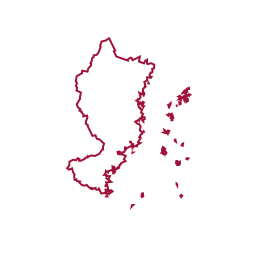 Mackay, Queensland, Australia, rotated 57°
{"feature_id": "25037944B90195923531970", "entity_name": "Mackay", "entity_type": "district", "adm_level": 2, "iso_a3": "AUS", "parent_name": "Australia", "parent_adm1": "Queensland", "projection": "mercator", "projection_center": [149.075, -21.082], "detail": "fine", "context": "isolated", "style": "outline", "palette": "rose", "viewbox_px": 256, "rotation_deg": 57, "n_neighbors": 0, "source": "geoboundaries", "source_scale": "gbopen_adm2", "svg_char_len": 5894}
<svg xmlns="http://www.w3.org/2000/svg" viewBox="0 0 256 256"><g transform="rotate(57 128 128)"><path d="M168.4,186.1L169.7,183.1L171.7,181.6L172.1,179.7L172.9,179.6L172.8,175.5L171.2,175.8L170.1,177.8L171.1,178.0L171.6,178.5L170.1,178.1L170.8,178.6L169.7,178.8L169.7,180.8L168.7,182.1L169.3,180.4L167.6,181.1L168.1,180.6L166.6,180.1L168.8,180.4L168.2,177.8L165.8,177.0L164.5,177.4L164.5,178.4L165.3,178.4L164.5,178.6L163.7,177.4L164.3,176.4L161.8,175.9L164.0,171.4L159.5,173.1L160.2,171.7L158.5,169.4L158.0,170.7L155.5,171.8L156.8,172.2L157.2,172.7L154.7,172.2L154.3,173.3L153.2,170.8L152.0,169.9L154.4,169.0L153.5,168.2L154.4,164.3L156.1,164.3L156.6,163.5L157.9,165.1L158.3,164.4L157.6,162.6L154.1,163.2L152.8,162.5L153.4,161.7L152.2,161.6L152.9,161.0L152.2,160.4L154.8,161.5L155.2,160.6L156.2,160.8L156.4,158.3L155.7,158.8L155.4,157.8L156.0,156.7L154.3,155.2L154.7,154.6L153.7,152.8L154.4,148.1L152.0,148.5L150.2,145.1L147.1,147.1L144.5,150.5L143.7,150.3L144.8,148.5L142.6,149.3L142.9,148.2L144.6,147.5L146.1,144.7L144.9,141.7L143.7,142.1L142.1,140.1L144.3,141.5L144.6,136.0L146.2,134.5L142.0,133.3L140.0,134.3L141.1,133.1L144.6,133.7L145.1,133.2L143.9,133.1L144.4,132.4L146.9,134.8L147.1,131.4L148.2,130.4L147.2,129.8L147.3,125.8L145.7,127.3L145.2,127.3L143.4,122.8L142.2,122.6L142.2,123.3L141.8,123.6L140.5,120.9L140.5,119.2L138.2,118.6L136.3,119.4L133.7,116.6L131.3,116.4L129.0,118.0L126.6,118.5L126.9,114.7L128.0,114.7L126.3,112.4L127.7,111.1L129.3,111.9L130.9,111.6L129.5,110.8L129.5,108.9L127.8,108.3L126.6,109.9L125.4,109.9L124.5,107.7L122.0,108.6L120.1,106.0L118.8,107.3L117.8,106.9L116.5,107.7L114.1,106.2L114.3,104.6L113.2,103.9L113.5,103.2L112.6,104.6L112.8,106.0L111.7,105.1L109.6,106.0L109.8,104.0L109.3,103.8L110.0,102.8L109.0,100.6L104.7,99.3L107.0,98.2L106.6,97.1L109.2,97.1L108.1,95.5L105.4,95.5L103.3,94.0L103.0,90.8L101.9,91.1L101.1,90.0L98.3,89.2L98.5,86.2L95.9,84.3L98.3,81.6L98.0,80.4L96.6,81.5L94.9,80.8L93.9,78.6L94.5,78.1L94.3,76.8L91.6,75.5L92.2,73.8L90.3,72.1L89.0,71.6L86.1,73.5L85.4,76.2L84.4,77.0L81.1,74.8L81.0,77.0L82.5,79.4L78.2,82.6L74.6,79.2L73.6,87.2L71.3,86.8L70.4,87.5L70.4,91.2L71.3,91.4L61.8,98.8L55.9,98.1L56.1,96.6L42.5,95.0L42.5,99.0L41.1,103.1L43.9,106.7L45.0,106.6L48.6,111.5L49.6,114.3L48.4,117.3L49.8,118.0L49.7,119.8L52.2,122.1L53.2,124.2L54.2,123.9L55.5,125.1L56.4,128.8L58.6,131.3L55.0,135.2L57.0,136.8L56.6,142.7L60.4,146.4L62.7,146.4L64.4,148.8L66.4,148.7L68.5,150.8L72.6,148.2L76.5,152.0L77.2,152.0L80.2,158.1L81.1,158.4L84.0,158.6L86.2,157.7L87.0,159.3L88.9,157.9L89.5,158.5L92.6,157.9L93.9,159.1L95.3,155.6L97.1,156.3L99.6,159.8L101.5,161.0L103.7,160.1L104.5,160.8L115.2,162.1L116.4,159.3L120.0,160.0L122.1,158.1L128.1,156.6L130.2,159.3L132.4,160.5L131.9,161.2L134.1,166.3L133.4,171.1L131.0,173.7L130.5,176.5L129.7,177.0L130.7,177.9L129.8,179.7L130.3,181.1L129.8,185.3L128.8,186.9L127.5,185.6L126.0,186.6L126.8,189.2L124.8,191.2L124.3,195.4L127.6,197.8L128.5,201.0L130.8,200.1L131.4,196.9L135.0,198.1L138.1,198.1L138.8,199.2L142.1,200.9L142.9,200.6L143.0,199.3L144.7,199.7L146.7,197.5L147.0,198.5L150.9,197.7L152.8,195.5L153.2,193.6L156.8,193.1L158.1,191.5L158.7,192.2L160.0,191.1L159.5,190.5L160.6,188.0L161.1,188.6L162.8,188.0L163.4,186.7L162.9,185.4L168.4,186.1ZM131.5,69.1L133.0,64.7L134.6,65.4L134.3,64.3L135.2,64.3L133.2,62.0L133.7,60.9L132.8,60.4L133.1,59.5L132.2,61.3L133.0,62.1L132.2,62.6L132.4,64.4L131.7,63.9L131.4,66.6L129.8,67.3L128.5,66.7L129.5,67.7L129.2,68.7L131.3,68.0L131.5,69.1ZM186.5,104.0L184.5,102.9L184.7,104.9L182.7,104.5L182.0,105.4L183.9,107.0L184.8,106.4L185.8,106.9L186.7,105.4L186.5,104.0ZM167.8,111.8L166.6,112.7L167.0,113.4L167.6,112.5L168.6,112.9L169.1,111.7L169.6,112.1L170.4,110.3L169.6,109.2L166.8,109.4L167.8,111.8ZM127.3,60.2L128.3,62.1L130.1,61.1L131.3,61.4L130.1,59.6L128.9,59.8L128.2,58.9L127.3,60.2ZM164.0,110.6L164.4,110.1L165.0,111.1L165.4,110.5L166.7,111.2L165.8,108.2L163.0,109.0L164.0,110.6ZM151.9,95.8L152.9,97.8L154.7,97.8L153.0,95.0L151.9,95.8ZM192.5,153.9L193.5,153.9L193.5,152.3L190.9,151.1L190.6,152.0L192.5,153.9ZM114.7,103.5L116.5,103.7L115.3,100.8L114.1,101.3L114.7,103.5ZM153.4,99.9L152.0,97.6L149.5,98.6L151.4,99.1L151.2,100.5L152.5,99.1L153.4,99.9ZM139.5,85.9L138.4,86.0L138.6,86.9L140.5,85.7L140.4,84.7L141.4,85.7L141.0,83.6L139.8,83.5L139.5,85.9ZM133.7,83.3L131.5,79.7L130.4,78.8L130.6,80.0L133.7,83.3ZM143.3,86.1L144.1,84.4L142.8,83.9L142.0,84.5L143.3,86.1ZM213.3,121.0L214.9,121.1L214.2,119.4L213.2,119.7L213.3,121.0ZM134.5,71.1L136.3,71.9L136.6,70.8L137.2,71.0L136.0,70.3L134.5,71.1ZM165.6,95.3L163.6,94.6L163.5,95.2L164.3,95.8L165.6,95.3ZM171.7,92.5L172.7,91.8L171.0,90.3L170.9,91.1L171.7,92.5ZM185.7,95.8L186.8,95.2L186.4,93.9L185.4,95.0L185.7,95.8ZM194.8,166.5L195.9,167.7L195.4,165.6L194.8,166.5ZM128.3,56.2L128.5,55.5L127.5,55.0L127.3,55.9L128.3,56.2ZM138.0,62.9L137.1,62.5L136.8,63.1L138.0,64.4L138.0,62.9ZM144.8,85.9L144.4,86.6L145.2,87.3L145.6,86.4L144.8,85.9ZM173.3,182.2L173.6,183.3L174.2,182.5L173.3,182.2ZM133.1,59.2L133.9,58.5L134.0,57.7L133.3,58.0L133.1,59.2ZM202.9,118.0L202.0,117.4L201.1,117.6L201.5,117.9L202.9,118.0ZM130.5,81.9L131.0,81.8L130.2,80.8L130.5,81.9ZM116.8,103.8L117.8,103.5L116.8,103.0L116.8,103.8ZM117.8,103.0L118.7,103.5L118.2,102.6L117.8,103.0ZM132.9,69.0L133.8,68.9L132.9,67.9L132.7,68.0L132.9,69.0ZM171.3,111.6L171.0,112.5L171.3,111.6ZM127.6,58.5L128.5,58.3L127.5,58.0L127.6,58.5ZM135.7,75.8L136.0,75.1L135.7,75.0L135.7,75.8ZM128.2,63.0L128.5,63.4L128.6,62.8L128.2,63.0ZM139.5,116.7L139.8,117.2L139.9,116.7L139.5,116.7ZM135.1,62.4L135.7,62.5L135.7,62.2L135.1,62.4ZM151.2,137.8L151.2,137.2L150.9,137.6L151.2,137.8ZM148.6,136.2L149.4,135.9L148.6,136.2ZM138.7,87.7L139.3,87.6L139.0,87.3L138.7,87.7ZM117.6,104.4L118.0,104.3L117.4,104.3L117.6,104.4ZM101.5,86.6L101.8,86.3L101.2,86.2L101.5,86.6ZM135.8,65.4L136.1,65.5L135.8,64.9L135.8,65.4ZM135.0,59.2L135.1,59.8L135.0,59.1L135.0,59.2Z" fill="none" stroke="#9f1239" stroke-width="2"/></g></svg>